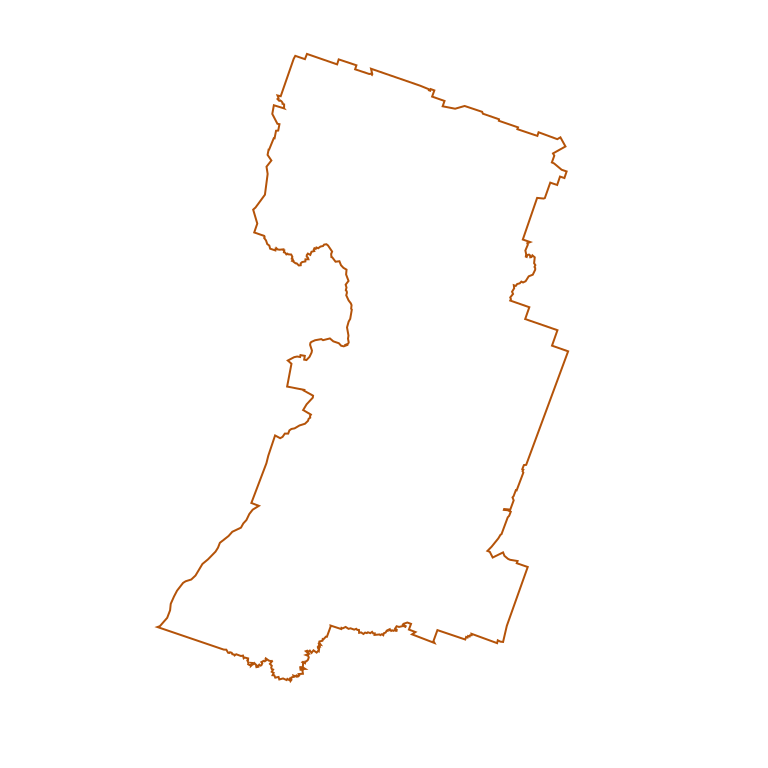 Pyrenees, Victoria, Australia (Natural Earth projection), rotated 11°
{"feature_id": "25037944B34836506967909", "entity_name": "Pyrenees", "entity_type": "district", "adm_level": 2, "iso_a3": "AUS", "parent_name": "Australia", "parent_adm1": "Victoria", "projection": "natural_earth1", "projection_center": [143.347, -37.328], "detail": "fine", "context": "isolated", "style": "outline", "palette": "amber", "viewbox_px": 768, "rotation_deg": 11, "n_neighbors": 0, "source": "geoboundaries", "source_scale": "gbopen_adm2", "svg_char_len": 6141}
<svg xmlns="http://www.w3.org/2000/svg" viewBox="0 0 768 768"><g transform="rotate(11 384 384)"><path d="M277.4,675.3L279.9,674.9L282.3,677.6L283.6,677.5L284.0,676.7L285.8,676.9L286.7,678.2L288.2,678.1L289.1,679.0L290.5,677.5L295.5,678.3L297.4,677.5L298.6,680.0L299.4,679.1L303.0,679.3L303.2,681.0L302.6,681.4L304.2,683.8L304.1,685.0L305.7,685.6L307.1,685.0L307.2,686.1L308.6,684.2L306.9,683.1L308.6,682.9L309.6,683.6L310.0,682.7L313.2,684.9L312.4,685.4L312.8,686.3L314.5,685.6L314.1,684.9L315.1,683.3L316.3,684.1L317.3,683.5L317.8,681.3L316.7,680.4L318.7,678.7L319.8,679.0L321.0,677.8L321.2,676.6L320.2,676.4L320.3,675.9L323.7,677.5L326.3,677.6L327.4,676.8L325.4,680.5L327.6,682.0L327.4,684.0L328.3,685.3L329.6,685.5L328.7,687.9L330.8,688.6L330.2,691.1L331.9,690.9L333.3,693.0L336.4,691.7L337.6,694.0L341.1,692.3L344.9,693.2L345.4,691.9L347.2,692.6L347.8,691.3L348.9,693.4L349.6,692.0L348.9,690.8L349.6,689.4L351.3,688.7L350.7,687.5L353.7,687.9L353.4,687.1L353.8,686.7L355.5,687.4L356.4,686.3L355.6,685.0L359.7,683.9L358.7,681.1L359.0,680.0L356.6,680.4L355.8,678.0L356.5,677.7L359.2,679.1L361.0,678.7L358.4,677.7L357.8,673.1L357.0,672.7L357.5,672.2L359.7,673.1L359.7,671.4L360.8,671.0L362.0,669.2L362.3,666.7L361.4,665.3L359.1,664.9L361.9,663.2L358.3,661.2L359.6,660.4L361.2,661.2L362.1,659.9L364.2,661.7L365.6,658.9L369.1,660.5L370.3,658.5L371.0,658.8L370.8,655.5L369.8,656.0L369.2,654.8L369.9,653.4L370.9,653.6L369.9,651.9L371.6,652.0L369.7,650.2L369.7,649.1L372.5,647.8L372.5,646.2L373.1,646.4L375.2,643.1L376.2,643.0L377.9,632.2L377.6,631.3L388.7,632.7L388.8,631.5L390.0,631.8L392.7,629.8L395.9,631.1L397.8,630.2L401.6,630.8L403.5,629.6L404.7,630.5L406.3,630.2L407.1,633.0L408.9,632.2L411.5,633.3L412.9,631.6L414.7,631.8L415.6,630.8L418.1,631.2L419.6,629.6L421.0,630.9L422.5,630.6L422.6,632.1L427.4,630.7L428.3,631.2L429.7,630.0L431.2,630.7L431.4,628.7L433.0,627.7L433.7,625.7L434.7,625.6L434.6,624.9L436.4,623.6L436.8,624.6L437.7,624.4L438.2,625.0L439.4,624.2L440.3,624.5L441.9,623.0L442.4,624.0L443.4,623.9L443.4,622.8L441.6,621.9L442.6,619.4L445.1,619.6L449.2,617.8L451.3,618.3L451.5,617.6L448.5,616.6L448.9,615.7L452.4,613.7L456.3,614.3L455.3,620.3L462.2,621.5L459.3,624.4L483.0,628.6L481.6,626.9L483.4,615.4L512.5,619.3L512.9,616.6L514.4,616.9L514.6,615.3L516.2,615.5L516.3,614.4L517.9,613.9L517.5,612.5L544.5,616.8L544.6,613.9L547.4,614.7L550.1,614.5L550.7,598.0L560.0,536.2L548.5,534.6L548.9,532.3L541.3,532.5L539.1,532.0L535.0,529.7L533.0,526.6L523.8,533.6L519.9,528.6L517.4,528.1L520.6,523.3L525.7,513.7L527.1,509.8L528.0,509.0L530.9,491.3L532.0,489.5L532.8,485.2L529.5,484.3L525.7,484.7L525.8,483.8L531.9,483.2L533.5,473.5L531.8,470.8L532.6,469.4L533.7,463.0L534.5,463.1L537.7,444.4L536.6,443.1L537.1,441.5L536.0,441.2L536.8,436.9L539.0,436.2L558.5,316.8L541.6,314.3L544.0,298.1L510.2,293.3L512.0,280.9L492.0,278.0L492.4,276.5L491.4,274.9L493.5,271.0L492.1,269.0L493.5,265.2L492.6,262.3L494.6,262.6L495.7,260.4L498.0,259.3L499.3,257.3L501.1,257.8L503.4,256.1L505.5,250.7L509.2,248.3L510.6,243.0L510.3,241.3L509.4,240.4L509.9,238.4L508.3,236.8L507.8,230.9L505.1,229.4L504.5,231.3L503.4,231.7L502.8,229.9L501.6,229.3L500.1,230.1L499.8,232.1L498.9,231.9L498.8,229.5L497.3,226.0L498.6,219.8L497.8,218.5L500.4,216.8L492.7,215.7L498.8,172.1L505.3,171.5L506.4,170.8L508.8,154.6L516.0,155.6L517.2,146.8L521.8,147.4L522.7,140.5L517.5,139.8L508.8,135.0L506.5,134.5L507.6,127.4L505.9,125.4L516.8,116.2L510.1,108.2L507.4,110.6L487.7,107.4L487.2,111.2L466.3,108.4L466.6,106.5L446.5,103.7L446.4,102.2L429.5,99.8L428.4,98.1L410.1,95.7L401.3,100.2L389.1,100.2L388.6,100.2L389.4,94.6L376.4,92.7L377.4,86.2L373.6,85.6L373.4,87.3L372.1,87.1L372.3,86.2L362.7,84.3L311.1,77.0L313.4,82.1L313.2,82.8L311.8,81.9L310.4,82.5L295.6,80.6L296.1,76.4L277.6,74.0L277.0,79.2L245.4,74.7L244.4,80.2L234.3,78.8L233.3,82.0L227.7,121.2L224.4,121.1L226.0,123.6L225.1,124.6L227.1,126.0L227.8,125.4L229.3,126.0L230.7,127.2L230.9,128.3L232.6,128.6L233.1,131.3L232.6,131.9L233.3,132.5L222.7,131.4L222.8,140.2L229.7,148.9L231.8,148.9L231.8,155.4L229.7,156.0L229.7,163.7L228.9,163.7L226.5,175.8L226.0,175.9L226.0,181.3L230.8,186.1L227.2,193.1L229.7,200.0L231.0,220.9L224.2,235.3L222.3,237.8L229.0,250.7L227.7,260.0L238.2,261.5L238.8,262.5L238.5,263.5L240.8,265.6L242.7,268.9L245.0,270.0L246.4,272.9L251.9,273.6L251.8,271.9L252.5,272.0L252.5,271.3L253.9,272.2L255.9,272.1L259.6,271.0L259.8,271.8L260.6,271.8L260.6,273.8L261.9,273.9L263.4,275.4L264.4,274.5L265.2,275.0L268.2,274.6L269.8,276.7L269.5,278.6L270.7,279.0L270.3,280.6L271.6,280.5L271.7,281.2L274.2,282.4L275.2,282.2L277.8,283.9L279.6,283.3L279.2,281.5L280.4,279.9L283.4,278.7L283.1,276.6L286.0,276.0L285.1,274.4L283.8,273.7L283.6,272.2L284.4,270.5L287.0,271.3L287.6,268.0L290.2,266.8L289.4,265.6L289.8,264.0L291.2,264.4L291.6,262.9L293.5,263.3L295.4,261.2L297.8,260.2L298.6,258.6L300.8,257.8L302.6,258.7L307.8,263.9L307.3,266.4L308.2,269.5L309.0,269.5L313.1,273.2L316.8,272.0L319.1,275.6L322.0,277.7L325.4,278.9L325.9,283.7L329.5,289.6L327.4,293.8L328.8,296.5L328.6,299.2L329.7,300.1L330.2,301.6L330.0,304.1L333.3,308.7L336.1,311.2L337.1,312.8L337.4,316.4L338.2,317.1L338.4,326.5L337.4,329.4L336.9,335.5L339.9,343.3L340.0,346.4L341.4,349.8L341.1,351.3L339.0,352.7L339.9,353.1L337.3,354.7L334.6,354.6L331.9,352.6L326.1,351.8L322.2,349.6L315.8,352.6L313.9,351.9L308.0,354.2L304.6,356.6L303.9,357.8L304.0,359.7L306.9,364.9L306.9,367.0L305.7,371.6L303.3,375.3L301.0,375.3L300.9,371.5L296.5,371.6L296.5,373.5L293.5,373.6L290.7,374.8L285.1,379.3L289.3,381.8L289.4,405.0L306.7,405.0L306.4,405.7L316.6,409.0L316.7,411.0L311.9,418.7L309.6,425.0L318.1,428.0L317.5,429.5L318.0,431.1L316.7,432.5L316.4,434.7L314.0,438.1L309.0,440.8L304.7,444.6L301.7,445.8L300.0,447.6L299.4,451.0L296.1,451.6L294.5,455.3L292.4,457.0L286.9,455.3L284.1,476.5L283.7,484.2L276.5,526.1L284.4,527.5L279.1,532.4L276.6,537.3L274.9,543.8L272.5,547.7L271.0,552.3L263.3,558.0L260.4,562.9L253.2,571.2L252.3,576.3L250.6,580.7L244.7,589.7L240.1,595.3L235.5,608.0L232.1,612.7L226.9,615.5L224.7,617.6L220.3,626.3L218.4,632.7L216.6,640.5L217.2,646.9L215.8,654.9L210.2,664.5L208.0,665.8L277.4,675.3Z" fill="none" stroke="#b45309" stroke-width="2"/></g></svg>